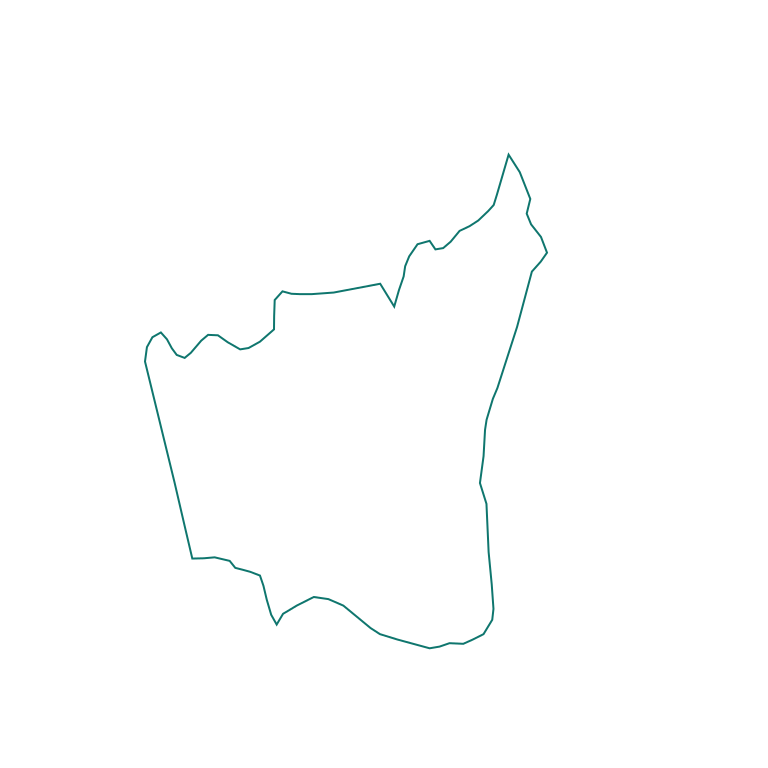 Várzea, Paraíba, Brazil (Mercator projection), rotated 123°
{"feature_id": "56859067B31592745893521", "entity_name": "Várzea", "entity_type": "district", "adm_level": 2, "iso_a3": "BRA", "parent_name": "Brazil", "parent_adm1": "Paraíba", "projection": "mercator", "projection_center": [-37.04, -6.791], "detail": "fine", "context": "isolated", "style": "outline", "palette": "teal", "viewbox_px": 768, "rotation_deg": 123, "n_neighbors": 0, "source": "geoboundaries", "source_scale": "gbopen_adm2", "svg_char_len": 1258}
<svg xmlns="http://www.w3.org/2000/svg" viewBox="0 0 768 768"><g transform="rotate(123 384 384)"><path d="M428.7,232.8L414.8,249.6L390.3,261.2L367.4,274.3L358.1,278.5L337.2,284.6L325.6,286.7L263.6,303.5L209.2,321.2L196.1,319.2L185.1,318.8L175.2,332.4L170.0,347.6L163.4,357.1L149.1,362.1L132.4,385.5L123.8,404.4L163.8,392.4L174.1,389.5L182.2,390.8L195.6,394.0L205.0,398.2L214.4,404.0L228.4,405.6L237.8,408.4L243.1,414.2L239.1,423.7L248.5,432.0L263.2,432.4L273.7,430.4L283.1,426.1L297.1,422.6L313.5,417.6L302.0,441.8L334.7,476.0L347.8,493.3L354.8,504.1L358.7,510.7L361.6,519.6L373.1,521.4L386.9,513.1L398.1,506.0L416.1,511.1L427.6,517.2L433.3,523.5L434.1,537.8L433.6,549.8L438.6,558.3L447.2,560.9L463.1,563.0L470.7,565.4L472.5,573.7L469.6,581.4L464.7,590.4L462.3,599.2L470.9,603.7L482.2,602.9L495.3,596.7L580.5,506.2L611.6,473.9L634.8,449.7L628.3,440.2L621.6,431.6L616.4,417.1L619.2,408.6L616.8,401.5L614.4,394.0L612.2,383.7L618.9,375.2L628.8,364.8L639.0,352.9L644.2,343.0L631.7,343.5L617.2,336.4L600.9,326.9L594.7,313.5L592.0,297.4L596.0,262.3L596.0,251.2L591.0,233.6L580.8,201.8L574.0,194.4L565.7,187.9L558.7,176.0L550.2,170.5L539.6,164.3L522.8,164.8L513.0,169.7L493.4,184.5L468.0,204.7L428.7,232.8Z" fill="none" stroke="#0f766e" stroke-width="2"/></g></svg>